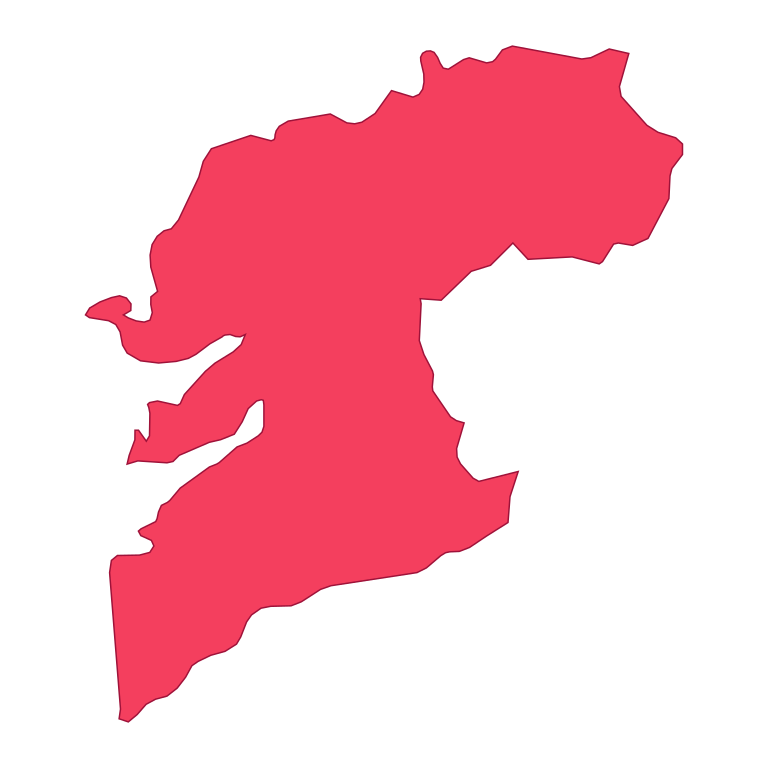 an SVG outline of Pontevedra
{"feature_id": "ESP-5840", "entity_name": "Pontevedra", "entity_type": "Autonomous Community", "adm_level": 1, "iso_a3": "ESP", "parent_name": "Spain", "parent_adm1": "", "projection": "natural_earth1", "projection_center": [-8.552, 42.371], "detail": "fine", "context": "isolated", "style": "filled", "palette": "rose", "viewbox_px": 768, "rotation_deg": 0, "n_neighbors": 0, "source": "natural_earth", "source_scale": "10m", "svg_char_len": 2691}
<svg xmlns="http://www.w3.org/2000/svg" viewBox="0 0 768 768"><path d="M486.3,536.2L469.6,547.4L459.4,551.4L449.8,551.8L445.6,552.7L440.7,555.7L426.4,567.9L417.0,572.6L331.0,585.7L320.5,589.4L301.3,601.8L291.1,605.8L270.7,606.3L261.0,608.2L251.5,614.9L246.6,621.9L240.7,637.0L236.5,644.1L225.1,651.3L210.7,655.3L198.1,661.4L191.9,665.7L185.6,677.2L177.2,688.1L167.0,696.1L155.5,699.2L146.1,704.3L137.2,714.5L128.3,721.9L119.1,718.8L120.5,709.1L109.6,572.6L111.4,560.4L117.4,555.5L139.5,555.1L149.8,552.4L153.9,546.0L151.4,540.4L140.8,535.6L138.4,531.1L141.2,528.7L155.7,521.6L157.1,518.6L158.5,512.0L161.4,505.4L167.3,502.5L169.8,500.5L180.2,488.1L209.4,467.0L216.7,464.1L219.2,462.6L237.1,446.9L247.0,443.1L258.3,435.8L262.0,432.2L263.9,426.4L263.9,404.9L263.3,400.3L261.3,399.7L256.6,401.0L248.2,408.6L242.2,421.8L234.3,434.2L220.6,439.7L209.3,442.3L179.2,455.3L173.0,461.5L167.0,462.8L137.8,460.9L127.1,464.1L129.2,455.3L134.9,439.8L135.0,430.2L138.5,430.2L146.3,441.2L149.5,435.9L149.9,413.2L148.8,407.5L147.6,404.4L149.5,402.6L157.5,401.0L177.5,405.4L180.3,403.6L184.4,394.5L205.4,371.3L214.9,363.2L233.2,351.9L241.2,344.6L245.3,334.5L240.2,336.8L235.7,336.5L230.1,334.5L225.2,335.0L223.4,335.7L222.2,336.8L209.9,343.8L196.1,354.2L188.3,358.4L176.2,361.4L158.6,363.0L140.5,360.8L127.2,353.1L122.6,345.2L120.1,331.9L115.8,324.5L108.6,320.7L89.4,317.6L85.5,314.9L89.7,308.0L99.9,302.0L111.4,297.6L119.6,295.8L126.4,298.0L131.0,303.9L130.8,310.5L123.4,314.9L128.3,317.9L136.1,320.9L144.2,322.1L150.0,320.1L152.3,312.7L150.8,304.5L150.9,296.9L157.6,291.4L150.8,267.1L150.1,255.1L152.1,244.6L157.2,236.3L164.0,230.8L171.3,228.8L178.5,220.0L198.9,177.0L203.3,161.3L211.4,148.7L250.8,135.4L271.2,140.8L274.1,139.6L274.9,137.7L275.1,134.8L276.2,130.8L279.3,126.3L288.2,121.1L330.3,114.0L346.9,122.9L354.7,123.8L361.9,122.2L375.1,113.5L391.5,90.6L413.0,97.1L419.2,94.4L422.7,89.2L424.0,82.2L423.8,74.1L420.8,61.0L420.6,57.3L422.6,53.3L426.3,51.2L430.5,50.9L434.1,52.4L437.6,57.4L440.2,63.4L443.2,68.1L448.3,69.2L463.5,59.6L469.2,57.8L486.6,62.9L492.6,61.7L495.5,59.2L502.4,49.9L512.3,46.1L581.8,59.0L590.9,57.7L609.2,49.0L628.8,53.5L619.4,86.6L621.1,96.4L646.9,125.3L658.0,132.3L675.7,137.8L682.5,144.0L682.5,154.5L671.9,168.5L670.0,175.9L668.9,198.6L648.0,238.4L632.7,245.4L618.3,243.0L613.6,244.1L602.5,261.6L599.2,263.9L572.2,256.9L528.0,259.3L512.9,243.0L490.5,265.3L471.2,271.3L441.2,300.2L420.2,298.7L421.1,303.7L419.3,340.6L423.9,354.5L432.5,371.0L433.4,374.7L432.3,386.9L432.8,390.9L450.5,416.8L456.3,420.6L464.1,422.9L456.6,448.6L457.1,457.1L460.5,463.9L473.1,478.2L478.8,481.4L518.2,471.5L510.0,496.7L508.0,522.5L486.3,536.2Z" fill="#f43f5e" stroke="#9f1239" stroke-width="1.5"/></svg>